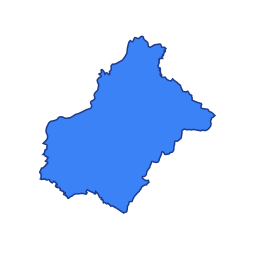 the district of Dong Trieu, Quảng Ninh, Vietnam, rotated 116°
{"feature_id": "81297802B3249391660958", "entity_name": "Dong Trieu", "entity_type": "district", "adm_level": 2, "iso_a3": "VNM", "parent_name": "Vietnam", "parent_adm1": "Quảng Ninh", "projection": "orthographic", "projection_center": [106.583, 21.119], "detail": "fine", "context": "isolated", "style": "filled", "palette": "blue", "viewbox_px": 256, "rotation_deg": 116, "n_neighbors": 0, "source": "geoboundaries", "source_scale": "gbopen_adm2", "svg_char_len": 5831}
<svg xmlns="http://www.w3.org/2000/svg" viewBox="0 0 256 256"><g transform="rotate(116 128 128)"><path d="M48.4,164.3L49.2,164.6L50.8,164.8L56.3,163.6L61.2,161.8L65.4,162.0L69.1,162.7L70.1,163.2L75.0,166.7L76.0,167.6L76.9,168.8L77.5,170.0L79.7,170.4L81.1,169.5L83.1,168.7L84.5,169.0L85.1,169.4L85.5,169.4L87.5,168.0L88.1,168.0L88.4,168.5L87.7,170.9L87.8,171.5L88.3,172.0L89.4,172.2L89.8,172.4L88.2,173.8L87.1,175.9L86.9,176.9L87.2,177.5L87.5,177.6L88.1,177.4L89.2,176.5L89.9,176.3L90.6,176.5L91.4,177.0L92.1,177.8L92.4,177.7L92.6,177.3L92.5,176.6L92.6,175.5L92.7,175.2L93.4,174.7L93.9,174.7L95.1,176.0L97.9,176.7L98.3,176.7L98.9,176.5L101.0,174.6L101.7,173.4L106.1,172.0L107.4,171.9L110.7,173.0L112.0,173.1L113.3,172.8L115.7,170.8L116.5,170.8L118.2,171.3L120.0,172.8L121.3,172.9L121.9,172.6L123.3,171.0L124.1,170.4L125.4,170.0L126.0,170.0L127.2,170.7L130.1,173.7L134.2,176.7L136.8,178.9L138.9,181.2L141.9,182.9L144.0,184.4L145.6,186.6L146.5,188.1L146.8,189.0L146.8,191.7L147.3,193.1L148.2,194.5L149.3,195.0L151.5,195.5L153.5,197.3L155.9,200.4L157.0,201.0L158.2,201.4L163.1,201.4L166.2,200.6L167.9,199.5L170.1,196.9L172.0,196.0L173.8,195.9L174.9,196.1L179.0,197.5L178.7,193.8L178.9,193.3L179.3,192.8L181.4,192.5L182.9,191.7L184.1,192.9L184.6,192.9L186.6,192.2L189.1,192.8L188.6,191.4L188.8,190.8L189.5,190.2L189.6,189.9L189.3,189.0L189.8,187.7L189.4,187.3L189.5,186.9L190.2,186.7L191.4,187.1L192.0,186.9L194.0,187.7L194.1,186.6L193.9,185.6L194.6,184.7L195.5,184.8L196.3,185.6L196.7,185.7L197.9,185.3L198.2,185.4L198.4,185.8L199.1,186.2L201.2,186.9L201.9,188.1L206.4,188.0L207.1,187.1L206.9,186.8L206.9,186.5L208.9,185.2L209.9,184.9L211.1,184.1L211.3,184.0L211.7,184.4L212.2,184.5L212.2,183.1L211.4,182.4L210.7,180.7L210.2,180.3L210.5,179.0L210.3,178.0L209.3,177.0L208.9,176.3L208.9,176.0L209.9,174.9L210.4,173.6L210.6,172.1L208.5,171.4L208.3,170.8L208.8,170.6L208.6,170.0L208.8,169.0L209.0,168.5L208.9,168.1L209.2,167.8L209.8,167.9L209.7,167.4L210.1,167.2L210.2,166.8L210.5,166.9L211.3,167.7L212.1,167.7L212.6,166.4L212.1,166.1L212.1,165.8L212.5,165.3L212.4,164.9L211.7,164.2L211.7,163.9L212.3,162.1L212.7,161.9L213.4,162.0L213.6,161.3L213.6,159.3L213.2,158.9L213.4,158.2L213.8,158.1L213.9,157.7L213.6,156.7L213.5,156.2L213.8,155.9L214.7,155.7L214.7,156.2L215.4,156.5L215.5,156.9L216.0,156.7L215.8,154.5L215.6,154.0L215.7,153.8L216.3,153.8L216.3,153.1L216.7,152.3L216.7,152.1L217.3,151.7L217.5,151.2L217.3,150.6L216.6,150.5L215.0,149.6L213.6,148.4L211.0,147.2L210.1,146.1L209.1,144.0L207.1,141.0L206.6,139.6L205.8,136.6L205.6,136.5L205.2,137.0L205.0,136.9L204.5,136.4L204.0,136.5L203.7,137.1L203.6,137.7L203.4,137.8L202.8,137.8L201.3,137.4L201.6,135.8L201.5,135.2L201.5,132.5L201.3,131.8L201.5,130.7L201.2,129.8L201.8,129.5L201.8,128.7L201.1,128.2L199.2,129.2L199.5,127.8L200.7,125.6L202.9,122.9L202.9,122.4L202.3,121.3L202.5,120.8L203.1,120.5L204.0,120.8L204.1,120.5L203.8,119.3L203.8,118.6L205.4,118.0L206.0,117.2L205.2,116.7L205.3,116.0L205.2,115.5L205.5,114.2L205.4,113.7L204.5,113.4L204.4,113.1L204.8,112.7L204.9,110.8L205.4,110.3L205.4,109.8L205.9,109.1L204.8,108.2L204.6,107.7L205.0,107.1L204.8,106.3L205.0,105.7L204.7,105.3L205.2,104.8L205.0,103.7L206.3,94.5L205.6,94.2L204.2,92.7L203.8,92.5L201.8,92.9L198.4,94.2L196.1,93.9L194.7,94.5L193.9,94.6L193.3,93.9L192.6,92.6L192.0,92.1L190.1,92.4L186.9,92.3L182.3,91.1L180.1,90.2L179.2,90.3L177.6,89.7L175.9,89.9L174.8,89.7L172.4,88.4L172.0,88.0L171.0,86.5L169.1,86.1L167.8,85.3L167.5,85.4L166.9,86.2L166.1,86.7L166.2,87.1L167.1,88.2L167.4,88.9L167.3,90.9L167.1,91.9L166.4,93.3L165.9,93.7L165.4,93.7L164.3,92.0L163.9,91.7L163.3,91.4L161.9,91.2L160.9,91.4L159.7,91.8L158.5,91.9L156.3,91.7L154.0,91.1L152.8,91.6L150.9,91.5L148.0,92.0L147.6,91.8L147.4,91.4L147.1,89.2L146.6,87.7L145.9,86.5L145.1,86.0L143.4,85.9L142.0,86.3L137.9,86.4L135.2,86.9L134.3,86.9L134.2,86.6L134.2,85.4L134.7,84.5L135.5,83.6L135.5,82.9L133.6,80.1L132.7,79.4L131.4,79.3L130.7,77.9L130.2,77.6L128.6,77.2L127.9,77.3L126.4,77.7L125.1,78.4L123.6,78.8L122.4,78.9L120.4,79.9L119.1,79.7L118.8,79.3L118.4,78.1L116.8,76.9L115.6,76.9L114.6,76.0L114.0,75.9L113.1,76.0L108.7,77.3L107.6,78.3L106.4,78.1L105.2,77.6L104.3,77.0L104.1,76.3L103.9,74.5L102.5,72.2L102.0,70.4L100.8,68.8L100.4,67.8L98.6,61.3L97.1,60.1L96.9,58.5L95.8,56.6L93.8,55.4L92.9,55.1L90.0,54.6L88.7,54.9L87.6,55.3L85.4,57.0L83.8,56.9L82.5,57.3L81.1,56.3L78.7,55.3L77.7,58.2L77.4,59.7L77.4,62.8L76.6,63.6L76.3,64.5L77.9,69.9L77.9,71.0L77.5,71.5L74.5,72.2L73.9,72.8L74.6,77.4L74.9,82.6L72.8,83.5L72.0,84.5L70.9,84.9L70.7,85.3L70.8,87.0L70.7,87.3L69.1,89.8L68.8,90.4L70.3,92.1L71.1,94.9L69.8,96.2L68.5,98.0L67.1,99.2L66.3,100.5L66.4,102.3L65.7,103.2L65.0,107.3L64.3,109.5L66.3,109.7L66.9,110.1L67.0,110.4L67.4,112.4L67.3,114.4L66.0,116.9L67.3,119.1L67.3,120.2L67.0,120.7L66.9,121.3L66.7,121.4L66.4,120.8L65.8,120.8L65.4,121.2L65.3,121.4L66.2,122.1L66.0,122.6L65.6,122.7L64.2,122.7L63.9,123.3L63.0,123.7L62.8,124.5L62.5,124.9L61.8,124.2L61.4,124.5L61.3,125.4L60.6,125.1L60.0,125.3L60.0,125.6L60.6,125.7L60.7,126.0L60.2,126.4L59.9,127.0L59.9,127.6L59.6,127.9L58.5,128.5L58.0,128.2L57.5,128.5L55.4,128.6L54.8,129.5L53.9,129.4L53.2,129.7L52.6,129.7L52.7,130.3L51.2,129.8L51.1,128.8L50.7,128.4L50.3,127.3L50.1,127.4L49.8,128.3L49.2,128.8L48.6,128.7L47.9,128.1L46.7,128.1L46.6,128.3L47.1,128.7L47.0,129.0L46.8,129.0L45.8,128.4L44.1,128.6L43.0,128.0L42.6,128.3L42.9,129.2L42.7,129.4L42.3,129.2L41.7,128.6L41.4,128.6L40.9,129.2L39.9,128.8L39.5,130.7L40.1,131.7L40.5,133.2L40.2,133.7L38.6,135.2L38.5,136.1L41.5,140.5L42.4,141.2L45.4,143.1L45.8,143.7L45.9,144.4L45.7,145.3L45.5,145.6L43.2,147.2L42.5,148.0L42.1,148.9L41.5,152.1L40.8,153.0L39.4,154.3L39.3,154.9L39.6,155.8L40.0,156.3L40.5,156.6L42.3,157.2L43.0,157.9L43.3,158.6L43.4,160.8L43.8,161.5L45.0,161.7L48.0,161.5L48.5,161.8L48.7,162.6L48.4,164.3Z" fill="#3b82f6" stroke="#1e3a8a" stroke-width="1.5"/></g></svg>